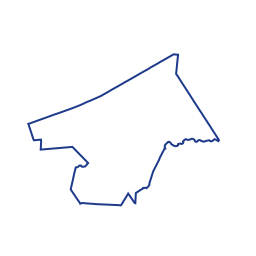 Juárez, Coahuila, Mexico (Robinson projection), rotated 316°
{"feature_id": "50627088B80737433558791", "entity_name": "Juárez", "entity_type": "district", "adm_level": 2, "iso_a3": "MEX", "parent_name": "Mexico", "parent_adm1": "Coahuila", "projection": "robinson", "projection_center": [-100.615, 27.664], "detail": "fine", "context": "isolated", "style": "outline", "palette": "blue", "viewbox_px": 256, "rotation_deg": 316, "n_neighbors": 0, "source": "geoboundaries", "source_scale": "gbopen_adm2", "svg_char_len": 3513}
<svg xmlns="http://www.w3.org/2000/svg" viewBox="0 0 256 256"><g transform="rotate(316 128 128)"><path d="M183.9,200.2L184.1,200.1L185.0,199.9L185.6,197.2L186.9,190.5L187.2,188.8L188.0,185.1L188.1,184.7L188.4,183.1L189.6,176.9L190.5,172.1L191.0,169.6L191.4,167.8L191.8,165.4L192.5,161.9L193.1,158.8L193.5,156.7L194.0,154.2L194.7,150.8L194.7,150.6L195.3,148.0L195.6,146.3L196.3,142.7L197.0,139.3L197.7,135.6L198.2,132.9L199.7,125.6L200.2,122.5L200.3,122.4L201.3,121.5L203.4,119.8L207.5,116.3L209.5,114.6L211.3,113.1L212.4,112.2L214.9,110.1L212.0,106.7L205.3,105.0L204.3,104.8L203.6,104.6L202.9,104.4L201.1,103.9L199.3,103.5L197.6,103.0L192.8,101.9L192.1,101.7L185.7,100.0L185.1,100.0L182.5,99.4L181.3,99.0L174.8,97.3L173.5,97.0L170.3,96.2L164.7,94.8L163.2,94.4L161.6,94.0L160.5,93.7L156.3,92.6L155.8,92.5L147.9,90.5L143.9,89.4L139.6,88.4L137.3,87.8L130.3,86.0L128.4,85.3L120.3,82.3L114.8,80.1L114.1,80.0L109.2,78.2L101.5,75.0L97.7,73.3L91.3,70.4L89.5,69.6L84.0,67.0L74.3,62.7L73.7,62.4L64.1,58.1L59.5,56.0L59.2,55.8L54.7,65.1L54.0,66.6L53.8,67.0L53.3,67.9L52.0,70.8L51.9,71.0L51.8,71.5L57.3,75.9L56.1,77.4L50.2,82.9L74.9,103.0L74.9,110.0L75.0,124.6L75.0,125.5L74.7,125.6L73.4,125.5L73.2,125.4L73.0,125.5L72.3,125.9L70.3,125.8L69.9,125.5L69.1,125.0L67.9,123.7L68.0,123.1L68.1,122.5L67.7,122.2L67.5,121.7L66.9,121.3L66.5,121.2L65.3,121.3L64.6,121.1L63.2,120.3L63.0,120.1L59.9,122.0L56.2,124.4L52.6,126.8L44.1,132.4L42.1,143.7L41.2,149.1L41.1,149.3L42.8,150.0L45.7,153.3L50.8,159.0L52.6,161.1L53.8,162.3L62.5,171.5L65.7,174.9L69.2,178.7L69.7,178.6L72.6,177.9L73.5,177.6L75.6,177.1L79.2,176.2L82.6,175.3L81.8,180.1L81.8,180.3L80.9,185.4L80.7,186.7L81.0,187.2L83.7,184.7L88.5,180.2L94.6,181.4L96.9,181.9L97.1,182.0L97.3,181.7L97.8,182.1L98.3,182.5L98.7,182.9L99.1,183.2L99.3,183.4L99.5,184.1L101.6,184.2L103.1,184.0L104.0,183.6L104.3,183.2L105.4,182.4L116.0,176.7L128.4,172.4L130.2,171.5L140.1,168.2L140.6,168.6L140.9,167.8L141.5,166.8L141.8,166.5L142.0,166.4L142.7,166.1L143.3,165.9L145.6,165.9L146.0,165.9L146.3,165.9L146.5,165.9L146.9,165.9L147.1,166.1L147.5,166.4L147.8,166.4L147.8,166.5L148.0,166.6L148.1,166.8L148.2,167.3L148.3,167.9L148.2,168.7L148.2,169.0L148.1,169.3L147.9,169.7L148.1,170.4L148.3,171.2L148.5,171.5L148.6,172.6L149.4,173.9L149.9,174.5L150.7,174.9L151.5,175.2L151.9,175.2L152.2,175.0L152.3,174.7L152.6,174.5L152.8,174.4L153.0,174.4L153.5,174.7L154.3,175.2L154.7,175.5L155.0,175.9L155.2,176.1L155.3,176.4L155.6,176.7L155.8,176.9L156.1,177.1L156.6,177.1L157.2,177.1L157.7,176.9L158.0,176.6L158.1,176.4L158.1,176.0L158.2,175.9L158.5,175.9L159.3,175.9L159.8,175.8L160.9,175.9L161.2,175.9L161.5,176.0L161.9,176.4L162.1,176.7L162.2,177.1L162.5,177.6L162.6,177.9L162.8,178.0L163.1,178.4L163.4,178.7L163.8,178.9L164.2,179.1L164.6,179.3L165.4,179.7L166.0,179.8L166.8,180.4L167.0,180.8L167.1,181.0L167.3,181.6L167.5,182.0L167.6,182.4L167.6,182.7L167.5,183.0L167.2,183.5L167.0,184.0L167.1,184.7L167.2,185.0L167.3,185.2L167.6,185.4L167.8,185.5L168.5,185.8L168.9,185.8L169.4,185.7L169.7,185.8L170.0,185.8L170.5,185.9L171.0,186.3L171.2,186.6L171.3,186.9L171.5,187.1L171.6,187.4L171.6,187.8L171.8,188.3L172.1,188.7L172.4,189.6L172.5,189.6L172.9,190.2L173.3,190.6L173.6,191.0L174.0,191.1L174.5,191.2L174.9,191.3L175.2,191.5L175.9,192.0L176.4,192.3L177.1,192.7L177.7,193.1L178.0,193.7L178.0,194.2L178.1,194.5L178.3,195.0L178.5,195.4L178.7,195.5L179.1,195.6L179.4,195.7L180.3,196.1L181.0,196.1L181.8,196.1L182.3,196.1L182.6,196.3L182.8,196.6L183.9,200.2Z" fill="none" stroke="#1e3a8a" stroke-width="2"/></g></svg>